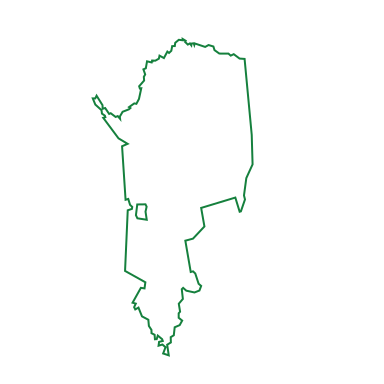 the district of Corumbá, Mato Grosso do Sul, Brazil, rotated 343°
{"feature_id": "56859067B41518599225549", "entity_name": "Corumbá", "entity_type": "district", "adm_level": 2, "iso_a3": "BRA", "parent_name": "Brazil", "parent_adm1": "Mato Grosso do Sul", "projection": "equal_earth", "projection_center": [-56.958, -19.058], "detail": "medium", "context": "isolated", "style": "outline", "palette": "green", "viewbox_px": 384, "rotation_deg": 343, "n_neighbors": 0, "source": "geoboundaries", "source_scale": "gbopen_adm2", "svg_char_len": 1897}
<svg xmlns="http://www.w3.org/2000/svg" viewBox="0 0 384 384"><g transform="rotate(343 192 192)"><path d="M265.8,154.9L281.2,80.1L276.5,78.3L272.2,72.4L268.9,72.9L267.3,70.3L258.6,67.6L255.0,62.9L255.0,59.1L250.8,56.3L247.0,57.1L238.0,50.7L237.2,52.0L237.1,50.3L234.9,49.9L234.2,51.5L233.4,49.3L231.1,49.8L229.3,46.5L230.2,45.6L227.8,42.9L227.5,44.2L223.9,42.6L219.6,44.4L218.2,47.4L215.7,46.7L213.5,50.9L210.7,52.3L209.5,50.5L204.3,55.7L200.8,52.1L199.3,54.8L195.3,55.7L192.3,54.6L191.3,56.3L187.2,53.9L184.0,60.2L181.4,60.5L181.6,65.9L179.6,67.8L178.8,71.4L172.4,75.4L172.4,77.8L173.8,78.0L168.5,87.5L164.6,91.4L162.7,90.4L156.6,92.4L157.6,93.7L155.8,94.5L149.1,95.0L145.0,98.8L144.6,101.0L143.2,97.7L140.9,97.9L137.3,92.9L135.6,93.1L133.5,86.3L130.9,86.3L131.8,82.8L128.9,72.0L126.9,74.2L124.5,73.5L125.1,80.1L129.4,87.3L128.8,90.7L131.0,93.5L131.0,95.1L128.8,95.1L137.4,119.2L144.5,127.1L138.5,127.8L126.2,180.0L129.0,180.0L129.0,186.2L130.5,188.8L129.6,190.6L125.2,190.7L104.9,247.9L121.0,264.7L118.4,270.3L115.1,268.7L102.8,280.5L105.6,282.3L103.0,285.2L103.4,287.7L107.0,286.9L107.8,296.3L112.9,301.4L111.6,307.5L112.9,312.0L112.0,315.2L114.5,317.6L113.5,322.0L115.2,322.4L117.3,319.3L120.4,324.0L120.5,325.9L116.7,325.7L115.1,329.2L119.1,329.2L121.3,332.7L117.2,338.0L122.0,341.4L123.6,330.8L127.8,329.7L129.2,324.6L132.7,323.7L135.9,316.3L141.3,315.7L145.0,312.1L142.5,308.4L143.8,304.1L145.6,303.0L146.7,295.0L152.0,291.6L153.8,282.0L155.5,281.1L157.7,284.7L165.0,288.8L170.3,288.4L173.3,284.5L171.5,281.7L171.3,270.9L169.8,268.2L167.4,268.1L171.4,236.6L179.3,236.9L193.8,228.6L196.1,209.9L231.8,210.0L231.8,224.8L233.1,224.8L240.5,214.6L240.7,210.5L248.0,194.6L258.0,183.3L265.8,154.9ZM131.6,197.8L136.0,187.9L143.9,190.2L144.3,192.8L141.8,197.2L140.6,205.3L132.1,201.2L131.6,197.8ZM192.2,56.0L192.5,55.6L192.2,56.3L192.2,56.0Z" fill="none" stroke="#15803d" stroke-width="2"/></g></svg>